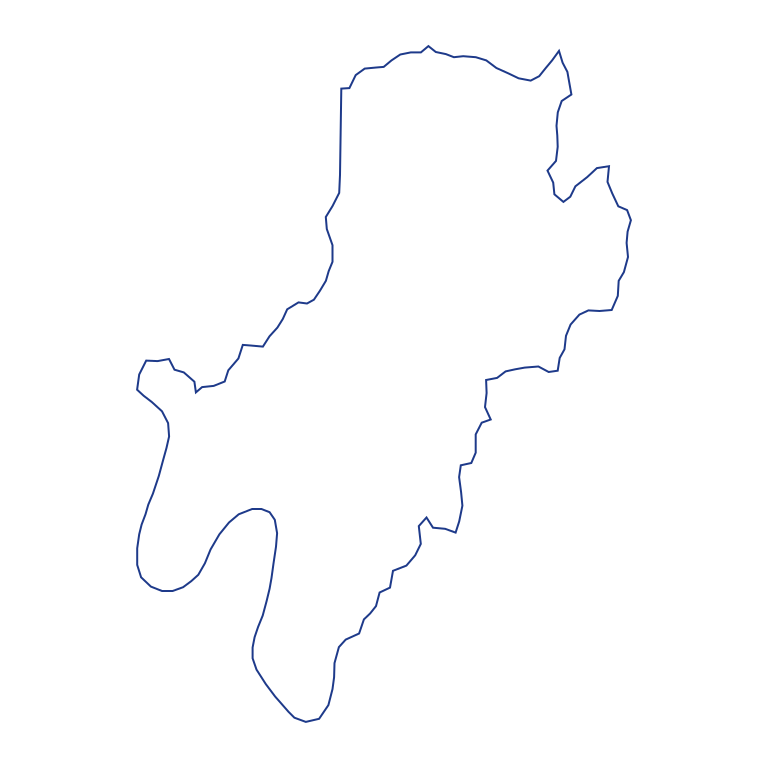 Zortéa, Santa Catarina, Brazil
{"feature_id": "56859067B42450400254673", "entity_name": "Zortéa", "entity_type": "district", "adm_level": 2, "iso_a3": "BRA", "parent_name": "Brazil", "parent_adm1": "Santa Catarina", "projection": "equal_earth", "projection_center": [-51.539, -27.486], "detail": "fine", "context": "isolated", "style": "outline", "palette": "blue", "viewbox_px": 768, "rotation_deg": 0, "n_neighbors": 0, "source": "geoboundaries", "source_scale": "gbopen_adm2", "svg_char_len": 2365}
<svg xmlns="http://www.w3.org/2000/svg" viewBox="0 0 768 768"><path d="M341.3,88.6L340.0,175.0L339.2,192.9L332.5,206.1L325.8,217.0L326.8,229.0L332.5,245.2L332.5,261.8L328.7,271.1L325.9,280.8L319.9,290.8L313.9,299.7L307.0,303.5L298.5,302.4L287.2,309.3L282.8,319.0L277.4,327.6L269.5,336.3L262.9,346.6L250.5,345.5L242.8,344.9L238.4,358.5L228.3,370.3L224.7,381.5L213.7,385.9L202.1,387.1L195.9,392.4L194.4,381.7L183.8,372.4L174.5,369.7L169.0,359.0L157.6,361.1L146.2,360.6L139.2,374.5L137.1,389.7L143.6,395.7L151.9,402.1L162.0,411.3L168.1,423.1L169.1,436.5L166.5,447.9L162.9,460.9L158.8,476.0L152.9,493.7L148.3,504.6L145.5,514.3L141.6,524.6L139.2,534.3L137.2,548.3L137.2,564.9L141.1,577.3L150.9,586.6L162.0,591.0L172.6,591.0L183.1,587.2L191.3,581.1L198.3,574.8L204.9,563.3L210.6,549.4L219.4,534.3L229.0,522.5L238.7,514.3L252.1,509.0L261.4,509.0L269.6,512.2L274.8,519.8L277.1,533.2L276.0,546.7L273.5,563.5L271.5,578.0L269.6,588.7L266.6,601.1L262.7,615.6L258.1,626.9L254.6,637.2L252.6,647.5L252.6,658.3L256.5,669.6L265.8,684.1L275.1,696.5L282.3,704.7L288.5,711.8L294.4,717.7L305.8,721.9L319.1,718.8L328.4,705.1L332.5,689.1L334.1,677.2L334.5,663.1L338.9,647.1L345.7,639.6L359.1,633.5L363.9,619.4L370.1,613.5L376.0,606.1L379.6,592.5L390.0,587.6L393.0,570.8L406.4,565.6L415.2,555.3L420.8,543.9L418.8,526.1L426.5,517.5L433.0,527.7L445.1,528.8L455.6,532.6L459.2,521.4L462.4,505.7L461.1,492.2L459.1,477.1L460.8,465.3L471.3,463.0L475.7,452.7L475.7,434.4L481.7,422.7L490.7,419.5L485.0,407.1L486.6,393.0L486.1,380.0L497.1,377.9L505.6,371.4L515.2,369.3L524.7,367.6L538.4,366.5L548.7,372.0L557.7,370.7L559.7,357.9L564.5,349.3L566.0,335.8L570.6,324.5L579.4,314.6L588.4,310.4L599.5,311.0L611.7,310.0L617.8,295.9L618.7,280.8L623.9,272.1L628.0,257.0L626.6,242.9L627.6,231.6L630.9,220.2L627.1,210.1L618.3,206.3L612.2,193.3L607.5,181.9L609.0,166.2L596.9,168.1L587.2,177.1L575.4,186.3L570.3,196.7L563.4,201.9L554.4,194.3L553.2,182.6L547.5,170.6L556.0,160.9L557.7,146.8L557.3,135.7L556.5,125.8L557.8,112.3L561.7,101.0L571.4,94.5L569.1,81.6L567.4,71.9L562.6,62.7L559.0,50.9L552.1,60.4L545.6,68.2L539.2,76.2L530.7,80.6L518.6,78.3L508.4,73.4L496.4,68.0L486.3,60.4L475.8,57.2L463.2,56.2L453.9,57.2L445.9,54.1L435.8,52.0L428.4,46.1L420.9,52.4L410.8,52.4L400.3,54.5L391.5,60.4L383.7,66.9L376.3,67.5L364.7,68.6L355.7,75.1L349.4,88.1L341.3,88.6Z" fill="none" stroke="#1e3a8a" stroke-width="2"/></svg>